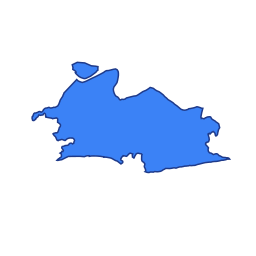 Manfalut, Asyut, Egypt (Albers equal-area conic projection), rotated 325°
{"feature_id": "37247803B38708414170128", "entity_name": "Manfalut", "entity_type": "district", "adm_level": 2, "iso_a3": "EGY", "parent_name": "Egypt", "parent_adm1": "Asyut", "projection": "albers", "projection_center": [30.935, 27.303], "detail": "fine", "context": "isolated", "style": "filled", "palette": "blue", "viewbox_px": 256, "rotation_deg": 325, "n_neighbors": 0, "source": "geoboundaries", "source_scale": "gbopen_adm2", "svg_char_len": 5807}
<svg xmlns="http://www.w3.org/2000/svg" viewBox="0 0 256 256"><g transform="rotate(325 128 128)"><path d="M51.3,113.7L51.9,114.3L53.8,115.1L55.6,116.0L57.9,116.3L59.9,116.6L62.9,117.1L64.3,118.1L66.7,119.7L72.6,123.8L75.7,126.4L78.4,127.2L80.3,128.4L80.0,129.0L81.7,129.8L83.1,130.7L85.9,132.7L87.3,133.8L89.3,135.5L90.7,136.9L91.5,137.5L91.8,137.8L91.5,138.1L93.2,139.2L96.3,142.3L97.2,143.5L99.1,147.5L100.2,148.9L101.6,153.4L103.5,153.4L104.1,152.9L104.3,152.9L104.6,152.0L103.8,150.3L104.1,149.5L104.6,148.9L105.2,148.9L105.8,148.3L106.0,148.3L106.9,148.3L107.4,148.0L108.0,148.3L108.3,148.0L108.6,148.3L110.5,150.3L111.7,150.3L113.3,149.8L115.3,149.8L117.0,152.0L116.4,152.3L115.6,153.2L115.3,154.0L115.0,154.3L115.6,156.0L115.9,156.0L116.4,155.7L117.3,154.9L117.8,154.9L119.5,154.0L120.9,154.0L121.5,154.3L122.0,154.6L123.2,156.0L124.0,156.6L124.3,157.7L124.0,158.0L123.2,158.6L122.9,159.1L121.2,161.4L120.6,162.8L120.6,163.7L120.9,164.5L121.2,165.1L121.2,167.1L120.1,168.2L119.5,168.5L119.2,169.1L118.9,169.9L118.9,170.8L118.7,171.3L118.7,171.6L118.4,172.2L118.4,172.5L118.1,172.8L118.1,173.0L117.5,173.6L117.0,173.6L118.2,175.3L119.6,176.5L121.3,177.0L123.5,178.7L124.9,179.0L126.3,180.2L127.4,181.0L129.7,182.1L131.1,182.4L132.8,182.4L134.5,182.7L135.6,182.7L137.3,183.9L138.7,185.0L140.4,185.9L142.9,187.0L144.3,188.4L146.5,189.0L148.2,189.6L149.3,190.4L151.3,191.3L152.7,191.8L153.5,192.4L155.2,193.3L156.1,193.8L157.2,194.1L158.0,195.0L160.0,196.1L161.4,197.0L164.2,197.8L165.6,198.4L169.3,199.8L170.1,200.1L171.5,200.7L175.2,202.7L176.3,203.5L178.0,204.1L179.6,205.0L181.3,206.1L183.6,207.2L186.1,208.1L187.5,209.0L190.0,210.1L191.4,210.4L193.4,211.8L193.4,211.0L192.8,209.8L191.7,209.0L191.4,208.7L190.9,208.1L189.2,206.7L188.6,206.1L187.5,203.8L186.7,202.7L186.7,202.1L186.4,200.7L185.8,199.9L184.7,199.3L182.7,198.7L181.9,196.7L181.6,196.2L180.5,195.0L180.5,192.8L180.8,192.5L181.1,191.9L181.6,191.1L182.5,190.5L182.5,188.5L182.2,187.4L182.2,186.5L182.3,185.6L182.5,185.4L182.8,185.4L183.3,184.8L183.6,184.8L184.2,184.8L184.4,185.1L185.3,185.1L185.6,185.4L186.1,185.4L186.7,185.1L187.2,184.6L187.8,184.3L188.1,183.7L188.9,182.3L188.9,182.0L189.2,181.2L189.5,180.6L189.5,180.3L190.1,179.2L190.1,178.9L190.6,178.9L191.5,178.9L191.5,179.5L191.7,180.0L192.3,179.7L193.4,179.7L194.0,179.5L195.1,179.7L195.7,179.7L195.7,180.0L196.2,180.9L196.2,182.3L195.4,184.0L195.4,184.9L196.2,185.1L196.8,184.9L197.6,184.6L199.0,183.2L200.4,182.0L201.3,181.2L202.7,180.6L203.3,180.3L203.8,178.9L204.1,178.1L204.4,177.5L204.4,177.2L204.7,176.6L204.1,174.7L203.8,174.1L203.4,172.7L203.3,172.0L202.6,170.7L202.3,169.8L202.0,169.4L201.9,169.0L201.9,167.5L202.0,166.3L201.4,165.7L201.0,165.4L199.5,164.6L199.1,164.4L198.2,164.4L197.2,164.0L196.7,164.1L196.3,164.1L196.0,164.1L195.7,164.1L195.3,163.8L194.9,163.3L193.9,161.9L193.6,162.0L194.0,160.8L197.3,157.6L200.6,154.8L199.7,154.1L198.8,152.7L197.5,151.0L196.6,150.1L195.0,149.7L193.4,149.2L190.0,147.7L188.9,147.1L187.7,147.1L185.8,146.5L184.6,145.9L183.3,144.7L182.1,142.9L181.3,139.8L180.8,137.9L179.8,135.3L179.4,133.2L178.2,130.2L177.1,127.8L176.7,125.4L176.1,123.4L175.9,121.2L175.1,118.5L174.3,116.2L172.8,113.8L172.0,111.8L171.6,110.2L170.6,108.9L169.4,107.5L167.9,107.6L164.6,107.5L161.0,106.7L156.4,106.6L154.2,106.5L152.9,106.2L151.1,105.2L148.0,104.0L145.3,103.0L144.0,102.5L142.3,102.6L140.8,102.1L139.9,101.3L139.1,100.8L138.1,100.8L137.5,100.2L137.4,99.7L137.5,98.1L137.3,96.7L136.4,95.0L136.3,93.6L136.6,91.7L137.3,89.5L138.3,87.7L140.0,86.3L142.7,85.4L145.0,84.5L146.9,82.9L148.9,80.9L150.4,79.3L151.7,77.4L152.4,75.9L152.5,74.0L151.7,72.5L149.6,71.5L145.1,69.8L143.1,68.6L141.3,68.4L139.9,68.5L135.9,68.0L130.8,67.3L127.6,66.7L121.5,65.8L119.5,65.4L116.7,64.5L115.5,63.0L114.2,61.0L113.8,59.2L113.8,58.9L95.6,62.6L94.8,63.3L93.9,63.7L92.7,64.6L89.9,65.7L88.5,66.3L87.7,66.9L85.4,68.5L84.3,69.1L82.9,69.7L81.5,69.4L80.1,69.4L79.3,68.5L78.1,68.2L76.2,67.4L75.9,67.1L75.1,65.7L73.1,65.1L72.0,64.5L71.1,64.3L69.2,64.5L68.6,65.1L68.3,65.1L66.4,65.4L65.8,65.1L65.5,64.2L64.9,63.7L64.1,63.4L63.3,63.4L61.0,62.8L60.2,62.2L59.1,62.2L58.2,62.8L57.6,63.1L57.1,63.7L56.2,63.7L55.4,64.5L54.8,65.4L54.6,66.2L54.3,66.7L54.3,67.1L55.1,67.9L57.4,67.9L57.9,67.3L58.8,67.3L59.6,67.1L60.7,67.1L61.9,66.5L62.4,66.2L63.8,67.6L64.1,67.6L64.7,67.9L65.2,68.2L66.1,68.5L66.9,67.9L68.0,67.9L68.3,68.8L68.3,69.1L68.0,69.9L67.7,70.2L67.5,71.3L67.2,71.3L66.9,71.9L68.5,73.6L71.1,76.2L71.7,77.3L72.2,77.3L73.9,78.2L75.0,78.5L75.3,79.0L75.3,79.3L75.6,79.6L75.6,80.4L75.3,80.7L75.0,81.3L74.5,81.6L74.2,82.1L73.6,83.0L73.9,83.3L73.9,83.6L74.5,85.5L74.5,86.7L73.9,87.5L73.1,88.1L72.2,88.1L70.5,89.5L69.7,90.1L68.0,91.2L66.9,91.2L66.3,90.6L65.5,90.3L65.1,90.2L64.4,89.8L63.2,89.8L63.2,92.0L63.5,93.2L63.5,94.3L63.2,95.5L62.9,97.2L63.5,98.3L64.6,98.3L65.5,98.9L66.0,98.9L67.2,99.4L68.0,100.3L68.3,100.9L68.8,101.4L68.8,101.7L69.7,102.3L70.5,102.0L70.8,102.0L71.4,102.0L72.5,102.0L73.3,102.3L74.2,102.6L75.0,103.1L75.9,103.7L76.1,104.0L76.7,104.3L77.3,105.4L77.3,106.8L77.0,107.7L75.9,108.3L74.7,109.4L74.2,109.3L73.4,109.2L73.2,108.4L73.1,108.2L72.5,107.6L71.9,107.4L71.1,107.1L70.5,107.4L70.0,107.6L68.7,107.6L67.6,107.0L66.4,106.3L66.1,106.4L65.5,106.2L64.7,106.0L64.5,105.9L63.7,105.5L63.5,105.4L63.3,105.5L62.8,105.8L62.3,106.3L62.3,108.8L62.3,109.2L62.1,109.3L61.1,109.9L60.5,109.2L59.6,109.7L57.9,109.6L58.5,111.1L58.2,111.5L57.3,113.0L57.1,113.1L56.5,113.4L55.7,113.5L55.1,113.3L54.6,113.5L53.6,113.4L52.9,113.4L51.3,113.7ZM136.5,63.4L137.2,62.3L138.6,60.5L136.8,58.7L133.6,56.0L129.9,49.9L124.1,45.1L118.6,44.2L117.6,46.9L116.4,48.3L117.2,50.2L117.6,51.7L117.5,52.6L117.2,52.7L116.6,52.5L116.5,53.2L116.7,54.6L117.4,57.7L118.4,59.7L120.4,62.4L121.9,63.2L125.0,63.7L126.8,64.1L133.7,63.9L135.1,63.4L136.5,63.4Z" fill="#3b82f6" stroke="#1e3a8a" stroke-width="1.5"/></g></svg>